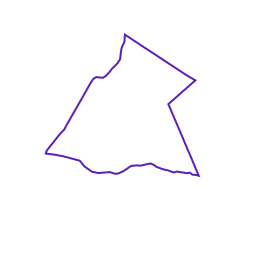 Jatobá, Pernambuco, Brazil, rotated 56°
{"feature_id": "56859067B30515862581919", "entity_name": "Jatobá", "entity_type": "district", "adm_level": 2, "iso_a3": "BRA", "parent_name": "Brazil", "parent_adm1": "Pernambuco", "projection": "mercator", "projection_center": [-38.199, -9.217], "detail": "fine", "context": "isolated", "style": "outline", "palette": "violet", "viewbox_px": 256, "rotation_deg": 56, "n_neighbors": 0, "source": "geoboundaries", "source_scale": "gbopen_adm2", "svg_char_len": 1061}
<svg xmlns="http://www.w3.org/2000/svg" viewBox="0 0 256 256"><g transform="rotate(56 128 128)"><path d="M207.1,96.1L198.2,94.3L183.2,91.3L181.0,91.0L169.1,88.6L164.2,87.6L161.7,87.2L159.4,86.7L130.8,81.2L128.7,65.2L128.2,62.3L127.9,58.9L126.8,50.5L126.2,45.5L117.1,49.9L90.5,61.0L68.1,70.4L53.3,76.5L48.9,78.4L54.6,82.8L57.2,87.3L59.1,89.6L66.6,96.2L68.5,100.8L69.0,102.9L69.4,105.2L69.9,108.2L71.1,111.5L72.4,117.1L72.4,120.5L69.5,124.2L68.1,125.8L67.9,129.3L69.4,133.2L77.8,149.9L79.5,153.4L87.2,169.1L88.5,171.7L91.7,178.3L93.6,181.6L94.7,187.1L95.8,190.6L100.6,205.9L101.5,208.3L103.2,210.5L108.5,204.4L115.1,197.6L128.1,186.3L135.8,185.5L144.2,182.3L146.3,180.2L148.8,177.7L154.4,167.7L158.0,165.0L159.7,162.8L160.5,160.4L161.2,156.0L161.2,151.9L161.2,146.6L162.7,143.8L163.9,141.6L166.1,138.9L167.8,134.7L168.9,131.7L170.1,129.1L172.6,127.5L176.3,126.0L179.1,124.0L181.2,122.5L183.5,120.5L185.6,118.5L188.4,116.5L190.6,114.7L191.3,112.0L198.2,104.6L199.7,101.6L202.6,100.8L205.1,97.7L207.1,96.1Z" fill="none" stroke="#5b21b6" stroke-width="2"/></g></svg>